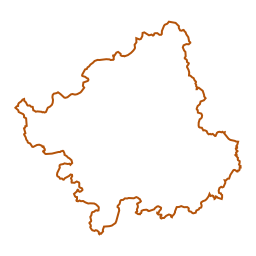 Ambohimahasoa, Haute Matsiatra, Madagascar (Mercator projection)
{"feature_id": "10022922B34392392155891", "entity_name": "Ambohimahasoa", "entity_type": "district", "adm_level": 2, "iso_a3": "MDG", "parent_name": "Madagascar", "parent_adm1": "Haute Matsiatra", "projection": "mercator", "projection_center": [47.173, -21.056], "detail": "fine", "context": "isolated", "style": "outline", "palette": "amber", "viewbox_px": 256, "rotation_deg": 0, "n_neighbors": 0, "source": "geoboundaries", "source_scale": "gbopen_adm2", "svg_char_len": 5792}
<svg xmlns="http://www.w3.org/2000/svg" viewBox="0 0 256 256"><path d="M204.1,95.0L202.7,90.8L198.7,87.7L198.1,87.8L197.0,89.2L196.6,89.2L196.9,87.0L196.1,86.1L196.2,84.8L195.4,83.5L196.0,82.1L195.9,81.6L194.7,80.5L193.6,78.1L192.1,77.3L190.4,75.7L189.0,75.5L189.2,72.3L188.5,69.8L187.0,67.0L187.2,65.9L188.4,64.5L188.8,63.3L187.0,62.0L186.9,60.4L186.6,59.7L184.8,58.5L184.7,57.9L185.7,56.3L185.4,51.9L184.1,50.5L182.8,47.4L183.6,45.3L186.4,44.1L188.7,44.3L190.3,42.8L190.3,42.4L189.1,41.3L188.3,37.2L186.3,34.3L185.6,32.3L184.4,31.2L183.8,30.1L183.2,29.9L181.7,30.7L180.1,30.4L178.8,27.9L178.9,26.2L175.6,22.9L168.9,21.7L167.3,23.7L164.9,24.7L164.1,25.6L161.9,31.0L161.8,34.0L161.1,34.8L159.4,34.8L157.4,33.2L155.2,33.2L154.4,33.5L153.7,35.2L153.0,35.6L151.6,34.6L149.0,35.3L144.3,32.4L142.6,32.9L142.3,36.2L140.8,39.0L139.4,39.4L136.3,38.2L136.4,42.4L134.6,44.7L135.0,47.8L134.7,48.7L133.3,50.6L131.1,52.8L127.9,55.1L124.5,56.3L123.9,55.9L123.1,56.1L121.4,55.8L120.6,55.1L120.6,53.8L118.1,51.9L116.4,52.6L114.8,55.1L113.1,55.5L113.1,56.0L114.0,56.6L113.6,57.8L113.8,59.2L113.3,59.8L110.6,60.0L109.6,59.4L106.2,59.2L99.5,60.0L97.5,59.9L94.6,61.0L93.0,62.7L90.4,64.6L89.0,66.5L87.6,67.3L86.8,69.0L85.1,69.4L82.3,74.5L82.1,75.6L82.4,76.0L85.1,76.8L87.0,78.3L87.9,78.5L88.4,79.5L88.2,80.5L87.6,81.0L83.4,82.5L82.9,85.9L84.2,87.7L81.3,91.6L80.4,92.5L77.1,94.2L75.0,94.6L72.4,94.0L70.9,94.4L67.5,97.2L65.4,97.8L64.3,97.6L60.4,94.0L58.0,92.3L56.7,93.1L53.8,93.7L52.7,95.0L52.4,97.2L53.0,100.0L52.7,102.8L51.9,104.8L50.0,106.6L47.8,107.7L46.0,111.9L45.5,112.2L44.4,112.5L43.6,112.1L42.3,112.3L41.6,111.8L37.5,111.4L35.7,111.7L34.4,110.7L33.3,110.3L32.7,106.9L31.1,106.7L29.7,105.4L27.9,105.6L27.4,105.3L25.8,102.2L24.3,100.9L24.1,99.0L22.6,99.6L21.1,101.5L19.0,102.9L18.2,104.2L18.1,106.0L16.8,106.3L15.4,107.8L18.2,110.2L18.7,112.0L23.1,114.1L24.0,115.2L24.1,117.3L26.1,118.3L26.7,125.9L25.3,126.2L25.2,127.5L24.0,128.3L25.4,133.2L24.1,134.2L24.2,134.7L25.7,137.3L26.3,139.6L27.5,141.1L27.7,142.2L28.1,142.7L30.2,143.5L32.3,146.8L33.3,146.9L36.9,145.0L39.2,144.7L41.8,145.7L42.5,146.9L43.5,146.5L44.3,148.6L44.8,149.1L44.8,150.2L44.3,150.9L43.4,150.9L43.1,151.6L45.4,153.9L46.0,154.0L52.0,153.6L58.4,152.0L60.1,152.0L60.8,151.4L62.9,150.8L63.4,151.1L64.5,153.5L64.5,154.8L66.8,156.2L67.9,157.5L69.4,158.3L71.5,160.2L72.2,163.0L70.4,164.8L69.6,163.7L67.9,164.0L64.4,163.4L63.4,164.0L60.5,164.6L59.7,165.2L59.5,166.1L59.8,167.7L57.3,172.8L57.0,174.8L57.2,175.7L57.5,176.3L59.1,177.1L60.1,178.7L61.9,178.5L63.1,179.6L63.7,179.7L64.9,178.2L69.0,176.0L70.6,174.5L72.0,174.8L72.2,176.1L71.0,178.3L71.8,180.2L71.5,181.7L71.7,182.6L74.5,182.8L76.7,181.5L79.0,182.5L79.3,183.3L79.2,186.8L80.2,187.7L81.8,188.2L82.4,189.3L82.4,190.1L80.7,191.5L79.6,191.8L78.5,191.1L78.3,190.1L77.8,189.7L77.3,190.1L76.8,191.5L74.0,193.9L75.0,196.3L75.8,197.0L77.0,197.1L77.0,199.2L76.4,200.2L76.7,201.0L78.0,201.3L79.6,200.5L80.9,201.2L83.1,201.0L85.4,202.4L88.2,203.5L90.2,203.3L94.2,203.5L96.1,204.5L98.5,206.8L98.8,207.8L98.5,210.4L97.4,210.7L96.6,210.3L95.5,210.5L94.2,211.7L92.4,212.1L91.8,213.0L91.3,215.4L90.3,216.9L91.2,220.7L91.0,221.5L89.8,222.3L89.4,223.0L90.6,224.8L90.9,226.1L90.4,226.6L90.3,227.4L91.7,229.6L92.4,230.3L94.6,230.9L95.7,230.2L97.0,230.5L98.8,232.0L98.9,233.7L99.5,234.3L100.8,233.3L101.2,233.6L103.1,231.4L102.8,230.0L104.0,226.6L109.4,226.2L111.8,225.6L115.4,223.1L116.2,221.4L119.2,210.5L118.9,208.2L117.5,207.0L117.7,205.9L119.6,203.9L120.4,200.7L121.2,200.0L123.1,199.9L124.9,198.4L127.2,198.5L128.7,198.0L133.8,198.3L136.3,197.1L137.8,197.7L139.1,198.8L139.6,198.9L140.9,201.2L140.3,202.0L137.2,203.6L137.1,204.2L137.7,205.1L137.9,207.1L136.9,209.4L137.2,211.4L135.9,212.2L135.8,212.6L138.1,214.1L140.0,214.2L140.1,213.5L141.2,213.0L141.6,210.8L143.5,210.0L146.4,209.7L147.6,210.1L147.7,210.6L148.9,211.1L154.2,209.3L155.1,208.0L157.3,206.4L158.4,206.3L160.8,207.5L161.1,207.9L160.8,209.4L159.3,211.0L158.8,212.3L158.2,212.7L157.2,212.6L157.2,213.4L158.3,214.5L161.3,214.7L161.4,215.7L160.4,216.9L160.7,218.1L161.4,218.5L162.7,217.9L164.0,218.0L166.2,215.8L168.9,214.5L170.8,215.1L171.1,216.7L171.9,217.2L172.2,216.2L174.0,214.3L175.0,212.4L175.0,211.4L176.7,207.1L179.3,206.9L181.2,206.1L184.1,207.2L187.2,207.1L188.5,208.0L188.8,208.7L188.5,210.0L189.2,211.3L190.9,211.6L192.5,213.1L193.4,213.3L195.7,212.7L196.4,210.5L198.8,209.4L199.4,208.1L201.2,207.5L201.6,206.1L201.6,205.2L201.0,203.6L201.2,202.4L202.7,201.3L205.3,200.3L206.7,199.0L208.6,196.3L209.5,193.9L210.6,196.0L212.3,195.5L213.1,195.9L213.3,196.8L214.2,197.5L214.5,198.9L215.4,198.3L215.7,196.4L216.7,196.7L217.9,197.8L221.7,199.0L222.1,197.5L222.1,195.0L221.1,194.3L220.9,193.4L219.1,193.0L218.9,192.4L218.7,190.6L219.4,188.1L221.2,186.8L222.3,187.4L223.5,186.9L225.3,182.9L225.2,181.4L224.7,180.3L226.0,180.4L227.6,178.7L229.1,178.6L230.4,174.8L233.4,170.2L234.1,169.9L235.3,170.2L237.0,171.5L237.6,171.5L237.9,170.6L238.9,170.5L239.5,169.8L239.7,167.5L240.6,167.5L240.5,165.8L239.6,165.5L239.0,164.3L239.6,163.1L239.7,161.2L238.0,160.1L237.7,159.0L238.0,157.9L235.5,155.2L236.6,154.8L236.0,154.1L236.3,153.4L236.1,152.5L237.5,151.3L237.4,150.8L236.6,150.4L235.8,148.7L236.0,148.2L237.1,147.9L237.1,146.9L236.4,146.6L236.3,146.1L237.3,144.7L238.1,141.7L235.9,141.5L234.9,140.9L230.3,139.9L228.6,138.8L224.5,133.7L224.7,132.2L223.4,132.6L222.5,131.8L221.4,132.3L219.7,131.8L218.2,132.0L217.0,132.8L215.6,135.9L215.1,136.0L212.7,133.9L211.1,134.4L210.3,133.9L208.7,134.3L207.6,133.3L206.6,131.1L204.6,130.2L203.3,130.4L201.9,127.8L199.7,127.5L198.9,126.9L198.6,125.4L198.7,122.6L199.7,119.3L201.1,118.4L201.8,117.4L202.1,115.3L201.3,113.6L197.9,112.6L197.7,110.1L196.8,109.5L196.7,108.6L197.7,106.0L199.8,104.3L200.6,101.5L203.9,100.3L205.6,98.2L204.2,96.5L204.1,95.0Z" fill="none" stroke="#b45309" stroke-width="2"/></svg>